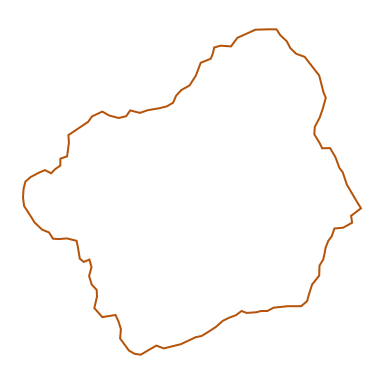 outline of Ingazeira, Pernambuco, Brazil
{"feature_id": "56859067B31203293354202", "entity_name": "Ingazeira", "entity_type": "district", "adm_level": 2, "iso_a3": "BRA", "parent_name": "Brazil", "parent_adm1": "Pernambuco", "projection": "robinson", "projection_center": [-37.421, -7.711], "detail": "fine", "context": "isolated", "style": "outline", "palette": "amber", "viewbox_px": 384, "rotation_deg": 0, "n_neighbors": 0, "source": "geoboundaries", "source_scale": "gbopen_adm2", "svg_char_len": 1522}
<svg xmlns="http://www.w3.org/2000/svg" viewBox="0 0 384 384"><path d="M361.0,208.3L356.6,201.2L346.8,184.5L342.7,172.2L339.4,167.9L335.4,157.1L330.1,148.1L322.2,148.3L319.7,143.2L314.3,134.3L314.8,126.8L319.7,117.6L322.7,108.9L325.8,97.8L323.5,92.4L319.2,75.5L304.6,56.8L296.2,53.8L290.3,48.1L286.7,41.2L280.3,35.2L276.5,29.3L268.6,29.3L255.4,29.7L237.4,37.8L231.0,46.4L220.6,45.7L214.2,47.5L212.9,53.3L210.8,58.7L200.7,62.8L195.9,75.5L189.6,85.4L181.4,90.0L176.1,95.7L173.2,102.6L166.8,106.4L159.0,108.3L147.7,110.2L139.9,112.9L130.2,110.4L126.2,116.2L118.7,118.0L109.2,115.5L102.3,111.6L92.0,116.4L88.2,121.8L68.4,135.1L68.9,142.7L68.1,148.9L67.1,156.4L60.4,158.6L60.3,165.6L55.1,169.2L51.1,173.3L45.0,170.1L39.5,172.4L30.7,177.0L25.4,181.6L23.6,188.7L23.0,197.5L24.1,206.0L31.2,217.0L34.6,222.5L42.2,229.7L49.0,232.4L53.0,238.7L58.8,239.1L66.8,238.4L76.6,240.8L78.1,248.3L79.8,258.7L83.8,261.9L89.4,259.6L91.5,267.1L89.1,276.0L91.7,284.6L96.7,289.9L97.0,296.6L94.3,308.1L102.3,317.1L115.5,315.0L118.4,321.2L120.9,329.1L120.1,338.5L128.9,350.5L134.6,353.8L140.7,354.7L156.3,345.6L163.8,348.4L180.8,344.2L195.7,337.2L201.5,336.0L207.3,332.5L215.8,327.0L223.0,320.7L229.4,317.6L236.0,315.2L241.5,311.0L246.6,312.9L256.1,312.3L261.1,311.0L267.3,311.0L273.6,307.7L287.7,306.2L301.2,306.2L307.1,301.1L309.4,292.9L312.1,284.5L319.2,275.6L319.5,265.6L323.2,259.6L324.6,253.3L325.6,247.7L328.3,240.8L331.7,236.4L334.4,228.5L343.1,227.7L352.1,222.7L351.1,215.8L361.0,208.3Z" fill="none" stroke="#b45309" stroke-width="2"/></svg>